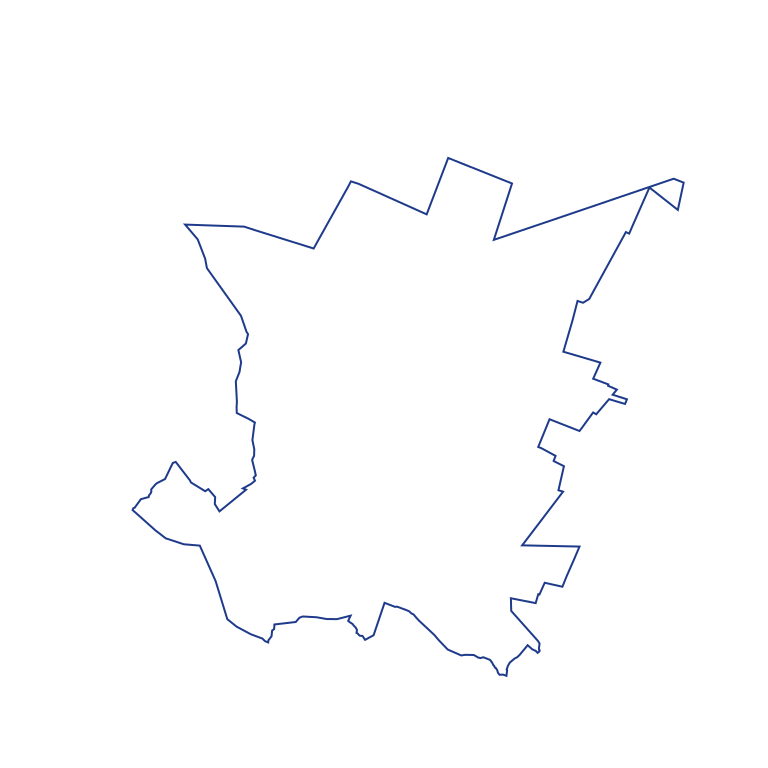 Santa Elena, Yucatán, Mexico (Robinson projection), rotated 107°
{"feature_id": "50627088B55923082942331", "entity_name": "Santa Elena", "entity_type": "district", "adm_level": 2, "iso_a3": "MEX", "parent_name": "Mexico", "parent_adm1": "Yucatán", "projection": "robinson", "projection_center": [-89.676, 20.255], "detail": "fine", "context": "isolated", "style": "outline", "palette": "blue", "viewbox_px": 768, "rotation_deg": 107, "n_neighbors": 0, "source": "geoboundaries", "source_scale": "gbopen_adm2", "svg_char_len": 2902}
<svg xmlns="http://www.w3.org/2000/svg" viewBox="0 0 768 768"><g transform="rotate(107 384 384)"><path d="M204.5,475.7L275.0,490.9L274.6,552.1L274.4,563.8L289.7,620.8L300.2,604.4L316.8,591.4L317.0,591.4L325.0,587.2L360.6,540.7L368.0,535.3L374.2,530.8L376.1,528.6L385.7,527.9L394.1,533.2L405.0,527.0L414.8,525.7L424.7,526.5L444.2,519.4L449.3,518.2L454.8,516.3L457.0,502.8L458.6,496.2L460.6,496.1L475.1,493.6L476.0,493.5L484.5,488.9L490.9,487.2L493.7,487.8L495.4,487.8L505.4,481.8L508.9,479.9L511.7,481.3L514.2,479.1L518.0,481.6L518.5,482.0L523.2,486.5L525.1,488.4L525.4,485.0L553.9,504.1L548.3,510.7L541.5,512.4L535.9,521.3L538.8,523.6L534.6,539.8L532.9,541.4L519.4,560.4L521.3,562.9L538.9,565.6L545.4,572.3L547.2,573.4L549.4,574.3L552.8,575.8L555.1,575.0L557.1,575.3L559.3,576.2L561.0,576.0L561.3,576.6L565.2,582.8L575.3,586.3L576.1,587.4L578.0,587.6L590.6,560.3L595.4,547.6L595.8,528.6L592.4,512.9L621.7,487.4L654.7,465.1L659.1,454.1L662.0,439.5L662.3,437.5L663.0,425.8L664.7,422.6L665.0,419.2L662.9,419.6L658.2,417.8L652.5,418.9L650.5,417.4L646.0,418.5L637.4,398.8L632.3,396.6L630.1,393.8L626.8,380.4L625.5,370.0L622.6,360.2L615.3,348.2L621.0,349.0L621.4,348.1L622.2,345.8L622.6,344.1L623.8,342.4L625.2,339.9L626.9,338.1L628.0,337.7L629.2,337.7L630.1,337.5L630.2,336.4L631.4,334.5L631.8,333.4L631.2,330.9L634.2,327.3L627.3,320.5L593.1,319.5L593.9,308.2L593.1,306.5L593.7,296.1L594.1,293.2L595.4,290.8L595.7,288.4L598.6,283.9L600.3,280.9L606.5,268.1L609.5,262.1L613.0,256.7L619.3,245.4L621.0,230.8L619.3,227.3L616.9,218.9L618.1,213.8L617.9,212.6L618.0,211.8L616.3,209.2L616.6,204.7L616.9,201.7L618.3,200.0L618.5,199.4L619.1,198.9L620.8,197.3L621.3,196.3L622.4,195.4L622.4,195.2L622.9,194.6L623.0,193.8L623.8,193.1L624.3,192.2L626.7,190.7L628.3,188.5L627.1,185.3L627.3,181.6L622.1,182.5L621.5,182.7L621.3,183.2L617.5,183.1L613.7,182.3L608.3,178.8L606.2,176.6L604.1,175.5L603.4,175.1L594.4,171.3L591.8,170.3L594.4,164.5L594.5,163.8L594.6,162.6L595.0,160.6L596.2,158.5L594.9,157.6L593.8,157.1L593.2,157.3L593.1,157.8L592.3,158.1L591.4,158.6L586.9,159.3L586.3,159.8L585.3,161.0L584.8,161.5L563.8,196.0L551.8,200.0L549.2,174.9L539.9,175.0L539.9,173.8L527.1,172.2L525.7,154.1L515.0,153.2L497.3,151.1L482.3,149.5L497.9,204.7L486.6,200.5L434.6,181.3L434.6,186.1L410.0,187.9L408.1,199.0L408.0,199.3L402.6,198.9L399.4,214.6L399.1,218.1L369.3,215.4L371.8,183.3L368.0,181.9L350.1,175.7L350.2,175.1L350.9,172.2L332.7,164.3L332.6,147.7L330.2,147.4L327.6,147.2L327.4,162.2L321.3,159.7L320.7,164.5L320.2,169.2L318.8,169.3L317.8,185.5L300.3,183.3L300.7,221.9L269.1,222.3L263.6,222.5L248.0,223.2L248.1,217.4L242.7,212.6L225.3,209.0L168.0,197.1L168.5,193.5L157.7,192.3L118.5,187.6L131.6,153.9L103.8,156.3L103.0,167.0L138.1,215.7L160.7,247.0L186.2,282.4L213.1,319.8L214.0,321.1L154.8,320.2L150.9,367.4L149.1,388.7L209.3,392.8L200.0,466.8L199.9,474.9L204.5,475.7Z" fill="none" stroke="#1e3a8a" stroke-width="2"/></g></svg>